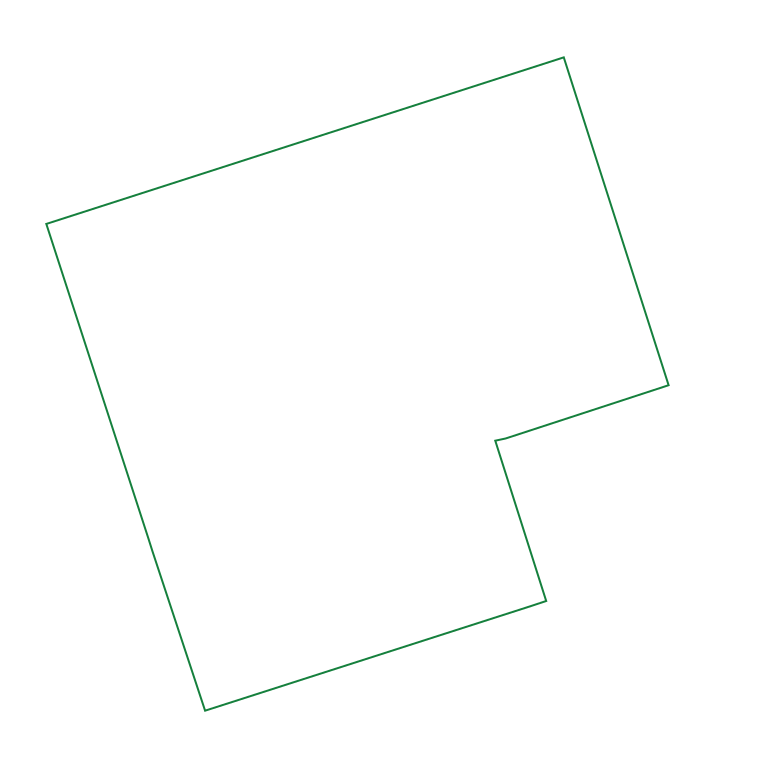 Stark, Illinois, United States of America (Natural Earth projection), rotated 162°
{"feature_id": "52423323B24463330848727", "entity_name": "Stark", "entity_type": "district", "adm_level": 2, "iso_a3": "USA", "parent_name": "United States of America", "parent_adm1": "Illinois", "projection": "natural_earth1", "projection_center": [-89.816, 41.104], "detail": "fine", "context": "isolated", "style": "outline", "palette": "green", "viewbox_px": 768, "rotation_deg": 162, "n_neighbors": 0, "source": "geoboundaries", "source_scale": "gbopen_adm2", "svg_char_len": 298}
<svg xmlns="http://www.w3.org/2000/svg" viewBox="0 0 768 768"><g transform="rotate(162 384 384)"><path d="M113.7,294.9L112.1,639.1L655.7,640.6L655.8,310.7L655.9,296.4L655.1,128.6L312.3,127.4L296.8,127.5L295.7,295.7L285.2,294.6L113.7,294.9Z" fill="none" stroke="#15803d" stroke-width="2"/></g></svg>